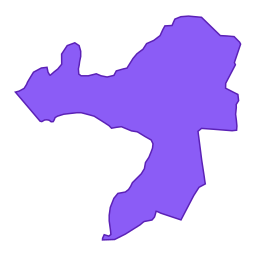 the district of Uzo-Uwani, Enugu, Nigeria
{"feature_id": "59680162B64770944232121", "entity_name": "Uzo-Uwani", "entity_type": "district", "adm_level": 2, "iso_a3": "NGA", "parent_name": "Nigeria", "parent_adm1": "Enugu", "projection": "albers", "projection_center": [7.09, 6.683], "detail": "fine", "context": "isolated", "style": "filled", "palette": "violet", "viewbox_px": 256, "rotation_deg": 0, "n_neighbors": 0, "source": "geoboundaries", "source_scale": "gbopen_adm2", "svg_char_len": 1977}
<svg xmlns="http://www.w3.org/2000/svg" viewBox="0 0 256 256"><path d="M188.5,16.1L180.9,16.7L178.1,17.8L174.9,19.1L173.5,22.1L172.9,23.6L172.0,25.5L164.9,25.9L162.9,29.5L160.1,35.6L153.8,40.4L146.6,43.6L143.0,49.2L137.0,53.7L133.0,58.5L127.0,68.1L123.4,68.9L116.3,70.9L113.9,75.4L108.0,76.8L107.1,77.0L101.1,75.8L96.3,73.8L88.3,75.8L85.8,75.8L81.1,75.8L78.8,74.1L78.4,68.9L79.2,64.9L79.6,61.7L80.7,56.5L80.7,51.2L79.1,45.6L74.8,42.8L67.2,45.6L66.0,47.4L61.6,54.1L61.7,64.2L57.8,69.0L55.5,70.8L54.8,71.4L54.7,71.4L54.1,71.9L53.1,72.8L50.3,75.2L49.6,74.9L48.0,72.1L47.0,67.3L41.3,68.0L33.5,72.2L29.3,79.1L27.5,82.2L26.6,84.4L24.1,88.4L19.1,91.1L15.4,92.1L40.1,121.2L41.8,121.6L44.6,120.0L46.7,119.8L48.7,120.1L49.8,120.6L50.6,121.5L51.6,121.8L53.2,121.6L54.2,119.9L55.1,117.6L57.4,116.2L63.8,114.2L69.9,113.5L77.0,112.7L81.2,112.7L84.3,113.5L89.6,114.9L94.2,116.2L102.0,121.1L108.5,125.3L109.2,125.8L111.5,128.2L116.5,127.3L121.4,126.7L131.5,130.9L137.3,131.8L142.9,135.2L145.0,136.5L151.2,140.0L153.0,143.8L152.5,148.2L151.0,152.2L149.0,157.1L148.8,157.5L145.5,162.5L144.4,168.7L141.3,173.8L132.4,182.7L130.7,186.3L128.5,189.6L127.8,190.1L125.4,192.0L117.9,193.4L113.9,198.3L110.3,207.4L109.2,215.2L109.2,220.9L110.3,228.9L110.6,231.4L110.9,234.5L108.8,236.1L104.2,234.7L102.6,238.3L102.5,239.9L114.6,239.5L125.5,234.0L140.1,224.8L142.9,222.4L144.2,221.5L152.0,220.0L153.4,218.4L154.5,217.0L155.2,214.8L156.1,211.3L157.4,211.6L159.0,212.3L160.6,213.1L181.0,219.9L193.7,195.6L199.0,187.3L205.3,183.9L205.0,182.2L204.9,181.5L204.6,179.6L204.5,178.7L204.4,178.1L204.4,177.9L203.8,173.9L202.3,164.1L201.7,160.2L200.3,149.2L198.0,131.3L201.5,128.4L212.9,129.2L231.9,130.7L232.2,130.7L236.6,130.2L236.9,126.0L236.4,120.5L235.6,114.2L236.3,107.6L236.2,104.5L238.6,100.6L237.9,94.5L225.6,88.2L225.7,83.3L235.4,64.8L235.0,63.9L234.7,63.4L234.4,62.5L240.6,44.1L239.6,42.2L234.1,36.6L227.4,36.0L220.3,35.6L201.5,17.3L188.5,16.1Z" fill="#8b5cf6" stroke="#5b21b6" stroke-width="1.5"/></svg>